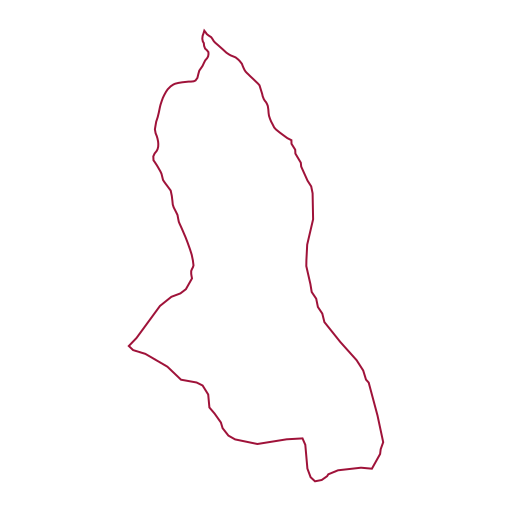 Sumpango, Sacatepéquez, Guatemala
{"feature_id": "79465075B37174278421226", "entity_name": "Sumpango", "entity_type": "district", "adm_level": 2, "iso_a3": "GTM", "parent_name": "Guatemala", "parent_adm1": "Sacatepéquez", "projection": "albers", "projection_center": [-90.752, 14.664], "detail": "fine", "context": "isolated", "style": "outline", "palette": "rose", "viewbox_px": 512, "rotation_deg": 0, "n_neighbors": 0, "source": "geoboundaries", "source_scale": "gbopen_adm2", "svg_char_len": 2402}
<svg xmlns="http://www.w3.org/2000/svg" viewBox="0 0 512 512"><path d="M383.2,442.2L377.5,415.5L368.7,382.6L366.0,379.6L363.2,370.5L356.6,360.2L340.3,342.0L324.4,322.1L322.3,313.6L317.9,307.0L316.2,298.7L311.7,292.0L310.4,284.1L306.3,266.1L306.4,260.1L307.2,244.6L313.1,219.3L312.6,193.3L311.2,186.4L307.5,180.6L301.2,166.6L300.8,162.7L295.4,153.6L295.2,149.7L291.5,143.8L291.4,140.2L287.3,138.1L283.2,135.1L279.7,132.5L276.0,129.5L274.2,127.5L272.8,124.7L271.1,121.5L270.0,118.8L269.0,115.8L268.6,113.1L268.3,109.3L267.8,106.0L267.1,104.2L266.1,102.3L264.8,100.7L263.8,99.1L262.7,96.3L262.1,93.7L261.1,90.5L259.5,85.3L258.0,83.6L255.9,81.6L253.1,78.9L250.2,76.2L248.2,74.2L246.9,73.0L245.6,71.6L244.6,70.1L243.5,67.8L242.6,65.7L241.9,63.8L239.6,60.9L238.2,59.5L235.6,57.4L233.7,56.6L230.7,55.4L229.1,54.5L226.4,52.7L222.6,49.2L218.1,45.2L215.2,42.7L213.8,41.2L212.4,38.9L211.2,37.2L208.6,35.5L206.8,34.1L205.8,32.6L204.3,30.7L203.5,33.4L202.6,35.9L202.3,38.8L202.8,41.4L203.8,43.1L204.1,45.9L205.1,48.6L206.8,50.1L208.4,52.1L208.5,54.1L208.1,56.4L207.1,58.2L205.2,60.4L203.8,63.2L202.6,65.8L201.6,67.3L199.3,70.6L198.4,73.8L197.4,77.9L195.5,80.5L193.7,81.3L190.9,81.6L188.6,81.6L182.2,82.3L178.5,82.9L175.2,83.7L173.4,84.5L170.7,86.3L167.7,89.3L166.0,91.8L164.3,94.9L162.9,97.8L161.7,101.1L160.5,104.8L160.0,106.8L158.8,112.6L157.7,117.1L156.2,121.7L155.4,126.3L154.9,129.3L155.6,133.2L156.8,136.2L157.5,138.6L158.1,141.6L158.3,144.0L158.2,146.6L157.6,149.1L156.7,150.9L154.6,153.5L153.3,156.4L153.5,160.3L154.7,162.0L156.8,165.2L158.0,167.2L158.9,168.8L160.5,171.6L161.5,173.8L162.2,176.6L163.0,179.9L164.0,181.5L165.8,184.0L167.1,185.7L170.7,190.6L171.8,195.9L172.4,200.8L172.6,202.9L172.8,204.7L173.7,207.4L176.1,212.1L177.5,215.0L178.2,218.8L178.8,221.8L179.6,223.7L181.7,228.3L185.6,237.4L187.6,242.6L190.0,249.3L191.7,254.7L192.9,260.5L193.5,265.4L192.9,267.3L191.9,269.2L191.2,271.0L191.2,273.8L191.5,275.8L192.0,278.4L185.9,289.2L180.4,293.4L171.4,296.8L160.0,305.9L136.5,338.0L128.8,346.0L133.1,350.1L145.4,353.9L167.4,366.7L181.0,379.7L196.6,382.5L202.6,385.5L208.2,394.5L209.4,407.5L214.6,413.6L220.9,422.5L222.6,428.2L228.4,435.6L235.1,439.4L257.4,444.0L286.7,439.3L302.5,438.4L305.3,444.8L307.4,468.6L310.6,477.2L315.0,481.3L321.7,480.0L327.1,476.2L328.3,474.3L338.0,470.3L361.0,467.7L371.9,468.7L380.1,454.0L380.7,449.2L383.2,442.2Z" fill="none" stroke="#9f1239" stroke-width="2"/></svg>